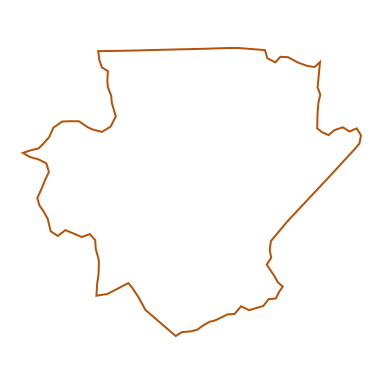 Pinhalzinho, São Paulo, Brazil (Robinson projection)
{"feature_id": "56859067B83412128761975", "entity_name": "Pinhalzinho", "entity_type": "district", "adm_level": 2, "iso_a3": "BRA", "parent_name": "Brazil", "parent_adm1": "São Paulo", "projection": "robinson", "projection_center": [-46.579, -22.785], "detail": "fine", "context": "isolated", "style": "outline", "palette": "amber", "viewbox_px": 384, "rotation_deg": 0, "n_neighbors": 0, "source": "geoboundaries", "source_scale": "gbopen_adm2", "svg_char_len": 1329}
<svg xmlns="http://www.w3.org/2000/svg" viewBox="0 0 384 384"><path d="M282.8,286.5L277.9,282.4L273.9,275.3L266.7,264.7L271.2,257.7L269.7,250.0L270.9,241.1L287.1,221.7L330.3,175.6L354.7,149.1L359.4,143.6L361.0,135.4L356.7,128.4L349.5,131.5L342.8,127.3L334.5,130.1L328.5,135.1L322.1,132.2L317.2,128.4L317.5,114.6L318.4,102.7L320.3,94.6L317.6,87.4L320.0,62.0L314.7,67.0L307.5,66.0L298.3,62.7L288.0,57.2L280.4,56.8L275.3,62.4L267.3,58.2L265.0,50.1L238.4,48.0L228.3,48.0L206.8,48.7L149.6,50.1L136.6,50.5L98.2,51.2L99.4,60.2L101.9,67.4L107.9,71.2L107.3,80.7L107.9,87.2L111.2,95.7L111.8,102.9L115.8,116.4L110.6,126.6L101.9,131.9L93.3,129.7L87.8,127.3L79.0,121.3L69.6,121.2L62.0,121.6L53.4,127.7L49.2,137.1L42.8,144.3L38.6,148.4L31.0,150.2L23.0,152.9L29.7,156.9L38.6,159.4L46.4,163.5L48.9,172.0L45.0,180.1L42.2,187.3L37.3,198.1L39.4,205.3L43.8,211.8L47.7,218.8L50.7,231.3L57.8,235.9L65.4,230.1L81.7,237.0L89.9,234.1L95.2,240.1L95.7,248.5L98.8,260.2L98.8,267.9L98.4,275.7L97.2,283.1L96.4,295.7L107.3,294.0L114.1,290.5L128.3,283.1L132.6,288.3L138.4,297.1L145.4,309.9L175.7,336.0L181.9,332.1L191.2,331.3L197.3,329.7L202.8,325.7L209.5,321.8L214.9,320.5L221.1,317.6L227.4,314.4L234.5,314.0L241.1,306.3L249.1,310.2L257.0,307.8L263.3,306.0L268.5,299.2L275.8,298.5L278.9,292.3L282.8,286.5Z" fill="none" stroke="#b45309" stroke-width="2"/></svg>